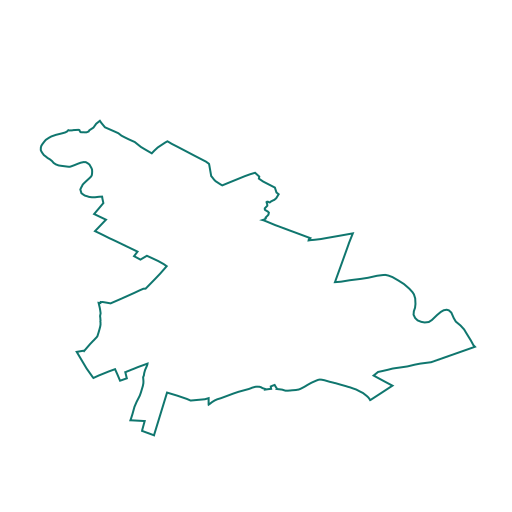 Sabile, Talsi, Latvia (Robinson projection), rotated 168°
{"feature_id": "27541924B84757460487549", "entity_name": "Sabile", "entity_type": "district", "adm_level": 2, "iso_a3": "LVA", "parent_name": "Latvia", "parent_adm1": "Talsi", "projection": "robinson", "projection_center": [22.575, 57.045], "detail": "fine", "context": "isolated", "style": "outline", "palette": "teal", "viewbox_px": 512, "rotation_deg": 168, "n_neighbors": 0, "source": "geoboundaries", "source_scale": "gbopen_adm2", "svg_char_len": 5635}
<svg xmlns="http://www.w3.org/2000/svg" viewBox="0 0 512 512"><g transform="rotate(168 256 256)"><path d="M241.7,289.6L241.9,289.7L242.1,289.8L240.3,290.0L238.8,290.6L238.7,290.8L238.5,291.0L238.6,291.3L238.6,291.6L236.7,292.8L235.3,293.8L234.4,295.7L235.1,296.9L237.5,299.1L237.7,299.6L237.5,300.8L234.5,302.8L234.3,303.9L234.5,306.5L233.8,306.8L233.0,306.6L231.8,305.6L231.1,305.6L230.1,306.2L227.5,306.9L226.4,307.1L224.2,308.3L221.0,311.7L222.8,313.9L222.8,314.3L222.9,315.0L223.3,319.0L233.6,327.4L237.1,331.1L236.3,333.0L239.6,337.6L244.6,337.2L250.4,336.4L268.8,333.1L271.5,332.6L274.3,332.1L274.9,332.6L275.8,333.4L278.1,335.7L280.0,337.6L281.2,339.5L282.1,341.4L282.5,342.2L283.2,343.5L282.8,354.3L282.8,355.8L283.0,356.1L283.1,356.3L284.1,357.3L285.0,358.4L285.9,359.2L286.9,360.0L295.8,367.3L304.7,374.7L309.9,379.0L315.2,383.3L317.0,385.0L318.8,386.6L321.1,385.9L329.5,382.6L331.2,381.6L333.7,380.1L336.6,378.1L339.7,380.9L342.9,383.8L345.9,386.6L350.9,392.7L353.8,394.8L356.5,396.8L359.8,399.4L362.6,401.7L365.1,404.7L368.5,407.2L377.0,413.3L379.7,418.5L380.6,420.7L384.8,418.6L388.3,415.4L392.9,413.6L393.8,412.6L396.2,412.2L401.6,413.5L401.8,413.6L402.0,413.8L402.1,414.1L402.3,414.7L402.5,415.3L402.6,415.9L403.3,416.3L407.7,417.0L408.2,417.1L409.6,417.1L412.5,417.6L413.4,418.1L415.1,417.0L417.1,416.5L420.3,416.3L426.5,416.1L431.3,415.5L433.9,414.7L437.5,413.3L439.4,411.8L441.4,410.1L443.0,408.5L443.9,406.8L444.5,404.4L444.2,402.9L443.5,401.0L442.5,398.8L441.0,397.1L439.4,395.1L437.5,393.4L435.8,391.3L434.6,389.1L432.7,387.2L430.2,385.6L427.2,384.5L422.9,383.0L421.5,382.5L420.2,382.1L419.1,382.0L417.5,382.2L414.8,382.6L410.9,383.3L408.0,383.7L405.1,383.7L403.0,383.2L401.3,381.7L400.8,381.1L399.9,380.1L398.7,376.3L398.4,374.7L398.7,372.7L399.2,370.8L399.8,369.2L400.7,368.1L402.5,366.9L406.9,364.3L409.8,362.5L410.9,361.6L411.6,360.6L412.6,359.5L414.0,357.6L413.7,353.7L411.8,351.6L410.6,350.5L409.0,349.7L407.0,348.5L404.1,347.5L401.0,346.9L397.4,346.6L394.2,346.1L394.2,345.4L394.3,344.3L394.3,339.5L405.6,330.7L395.2,322.7L396.1,322.1L408.3,313.8L404.0,310.5L400.7,307.9L395.6,303.8L393.4,302.2L389.7,299.4L380.3,292.1L373.8,287.1L371.0,284.9L375.3,281.2L369.8,276.5L362.7,278.9L358.5,275.8L352.7,271.4L350.4,269.4L348.0,267.3L345.5,264.6L353.5,258.6L359.5,254.5L370.8,247.0L372.9,247.4L376.9,246.6L382.8,245.2L389.3,243.8L398.7,241.8L408.1,239.9L411.8,241.4L415.6,242.9L416.2,243.0L416.9,243.1L417.5,243.3L418.0,242.3L419.7,242.9L419.6,238.3L419.6,237.2L419.7,235.0L419.9,232.3L421.0,229.7L421.2,227.4L421.4,226.4L421.4,225.6L421.9,224.2L421.9,223.5L422.1,222.5L422.3,221.4L422.7,220.3L423.2,219.1L424.1,217.3L425.9,213.9L427.1,211.8L427.6,210.8L428.2,210.2L428.7,209.7L429.9,208.9L431.9,207.5L432.3,207.2L432.9,206.9L433.3,206.6L436.4,204.5L443.9,198.8L444.1,199.2L451.3,199.5L445.1,181.2L441.1,171.9L440.4,170.5L434.2,171.9L433.5,172.0L429.0,172.8L423.9,173.7L417.4,174.6L416.2,169.0L414.9,162.3L412.3,162.6L410.2,162.9L407.8,163.2L408.0,169.5L407.8,169.5L406.4,169.8L405.4,170.0L403.5,170.3L401.4,170.7L399.4,171.0L397.2,171.4L395.1,171.8L393.1,172.1L391.7,172.3L390.1,172.5L388.7,172.7L385.3,173.2L384.5,173.3L384.8,172.5L385.5,171.3L388.1,167.7L388.6,166.8L389.7,164.7L390.5,162.5L391.6,160.9L392.1,157.1L392.6,155.0L393.7,152.4L395.5,149.1L396.7,146.9L397.4,145.7L398.7,143.6L400.7,141.1L403.0,138.3L406.2,133.8L409.8,126.9L411.9,123.2L413.0,121.4L412.1,121.2L399.2,117.7L403.5,109.4L403.8,108.6L393.0,101.8L392.7,102.5L371.4,140.9L362.1,135.8L353.4,130.6L350.0,128.2L335.7,126.5L331.9,126.8L332.5,124.0L333.1,121.2L333.2,120.8L333.2,120.5L331.9,121.0L329.2,122.3L326.4,123.3L323.7,123.9L320.0,124.2L315.9,124.8L306.5,126.2L301.4,126.8L290.7,127.4L288.6,127.7L287.1,128.0L283.8,128.2L282.3,128.0L279.9,127.4L278.4,126.6L277.2,125.5L276.1,124.8L274.1,123.7L274.4,123.4L271.6,123.2L268.8,122.9L268.8,124.1L268.7,125.3L266.7,125.7L264.6,126.0L263.9,123.9L263.1,121.9L263.2,121.7L263.3,121.6L261.9,121.1L260.6,120.7L259.5,120.3L258.3,119.9L257.4,119.4L256.4,118.8L255.8,118.5L255.3,118.2L254.5,118.0L253.7,117.8L252.7,117.6L251.6,117.5L250.3,117.3L249.0,117.2L246.9,116.9L244.7,116.6L243.5,116.6L242.2,116.5L240.2,116.8L238.3,117.3L236.5,117.8L234.6,118.4L232.7,119.1L231.1,119.6L229.5,120.1L228.1,120.5L226.8,120.8L224.8,121.2L222.9,121.6L221.1,121.9L220.3,121.9L219.4,121.9L217.6,121.4L214.8,120.2L210.2,117.7L206.6,116.0L205.7,115.5L204.7,115.1L199.9,112.5L195.1,110.0L193.2,108.9L191.2,107.9L188.5,106.2L185.8,104.6L182.8,102.1L179.8,99.7L178.3,97.9L176.8,96.1L175.6,94.4L174.9,93.0L174.6,92.2L174.3,91.3L173.9,91.4L173.6,91.5L161.6,96.1L149.5,100.8L155.6,105.9L161.6,111.0L163.7,112.8L165.8,114.6L160.7,117.2L156.4,117.2L150.3,117.3L148.1,117.4L145.9,117.5L144.2,117.4L142.5,117.3L139.8,117.1L137.0,116.9L130.8,116.5L123.3,116.7L117.8,116.6L106.8,115.7L86.7,118.3L64.3,121.2L60.7,121.7L61.9,123.6L63.4,128.7L66.5,137.4L67.7,140.9L70.4,145.5L74.2,150.3L75.5,154.2L76.7,160.0L78.7,162.8L80.7,163.8L83.7,163.9L86.8,162.9L91.0,160.7L97.3,156.8L100.7,155.5L104.8,155.9L108.0,157.2L111.3,159.4L113.2,162.2L114.1,165.8L113.1,169.1L111.2,172.3L110.0,175.9L109.1,181.4L109.5,185.6L110.4,188.0L112.8,192.1L117.1,197.8L121.7,202.3L126.9,207.0L130.5,209.3L133.3,210.6L135.9,211.0L141.8,211.5L150.9,211.4L158.0,211.8L169.4,212.8L178.2,213.2L183.6,213.9L184.2,214.0L183.2,215.5L183.1,215.8L174.4,229.8L173.9,230.6L162.6,248.9L162.6,249.0L156.6,258.0L169.0,258.4L182.6,258.9L189.0,259.1L195.5,259.7L199.4,260.2L201.3,260.3L200.9,261.2L199.2,262.2L212.4,270.6L218.6,274.5L229.6,281.5L230.6,282.1L236.8,286.4L239.0,287.9L241.1,289.3L241.4,289.5L241.7,289.6Z" fill="none" stroke="#0f766e" stroke-width="2"/></g></svg>